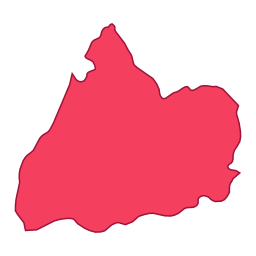 SVG path tracing the border of Cotopaxi
{"feature_id": "ECU-1279", "entity_name": "Cotopaxi", "entity_type": "Province", "adm_level": 1, "iso_a3": "ECU", "parent_name": "Ecuador", "parent_adm1": "", "projection": "mercator", "projection_center": [-78.819, -0.777], "detail": "fine", "context": "isolated", "style": "filled", "palette": "rose", "viewbox_px": 256, "rotation_deg": 0, "n_neighbors": 0, "source": "natural_earth", "source_scale": "10m", "svg_char_len": 2119}
<svg xmlns="http://www.w3.org/2000/svg" viewBox="0 0 256 256"><path d="M238.5,105.6L236.5,111.9L236.6,114.3L239.1,123.0L240.4,131.4L240.6,136.8L239.8,141.4L237.1,146.3L234.5,150.1L233.4,153.5L233.0,155.8L233.0,159.2L232.4,161.4L231.2,163.0L229.6,164.1L228.3,165.2L227.7,166.8L228.5,168.4L230.4,169.7L235.9,170.6L239.8,172.9L232.9,178.8L232.0,180.9L230.5,183.2L229.6,185.6L229.4,188.1L229.4,192.4L226.6,197.2L224.3,199.7L221.4,201.1L215.4,201.5L212.6,200.5L210.5,199.0L209.2,197.6L207.5,196.6L205.7,196.0L203.2,195.7L200.8,196.3L198.3,198.5L198.1,200.0L198.1,203.2L197.2,205.0L195.5,206.4L193.2,207.3L186.9,207.7L184.5,208.5L178.7,213.1L174.8,215.0L170.9,216.0L164.9,215.8L153.5,213.3L149.3,213.4L144.7,214.4L138.8,216.3L132.3,221.9L125.4,224.6L118.5,222.6L115.6,223.0L111.5,225.0L104.9,230.7L100.8,231.9L95.4,232.1L89.6,230.5L85.0,228.4L77.7,223.7L76.1,221.9L74.9,220.3L73.4,219.0L70.2,218.4L66.8,218.4L60.0,219.3L54.3,220.9L36.7,229.8L25.5,230.5L23.9,222.7L17.6,214.4L15.4,210.8L15.5,205.1L16.1,199.1L19.7,182.2L19.2,178.0L19.3,173.7L20.0,169.4L23.1,160.9L25.3,157.4L27.7,154.9L30.6,152.8L33.3,150.4L39.8,138.3L41.6,136.2L44.0,134.3L46.0,133.3L48.0,131.9L49.7,130.0L53.2,123.6L69.7,84.5L72.2,73.7L75.9,79.3L76.8,80.2L78.2,81.1L80.0,81.7L81.8,81.7L84.2,80.7L85.5,78.9L86.5,77.0L87.2,73.5L88.3,72.3L90.1,71.4L92.9,70.4L94.5,69.7L95.4,68.8L95.3,67.5L94.8,65.7L94.0,63.7L92.9,61.8L91.0,60.4L87.0,58.5L85.7,57.5L85.1,56.4L85.4,55.3L86.4,54.0L88.6,50.0L91.5,43.0L92.5,41.6L93.5,40.6L94.6,39.9L98.7,38.0L99.8,37.2L100.5,36.0L101.1,34.3L101.5,32.4L102.2,30.7L103.3,29.0L104.5,28.0L105.5,27.5L108.2,27.0L109.1,26.1L109.8,25.1L110.7,24.4L112.1,23.9L114.1,25.7L114.8,27.0L114.9,30.0L115.6,31.5L124.5,43.2L128.1,50.0L130.9,54.3L131.8,56.4L133.2,62.3L134.2,65.0L137.4,67.8L152.9,78.6L156.9,84.3L159.1,89.4L159.6,93.3L160.4,95.9L162.0,98.0L163.6,98.8L166.0,98.1L172.3,93.6L174.4,92.5L176.3,92.1L178.0,91.3L179.7,90.3L182.3,88.4L185.2,86.9L187.5,86.6L189.2,88.3L190.4,89.8L192.0,90.5L194.7,89.7L201.0,86.1L203.5,85.8L207.1,85.8L212.9,86.7L216.1,86.4L222.7,89.0L238.5,105.6Z" fill="#f43f5e" stroke="#9f1239" stroke-width="1.5"/></svg>